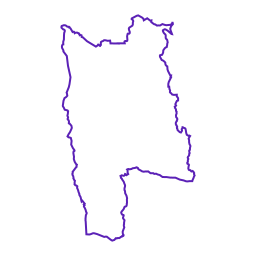 the district of Pietrosani, Arges, Romania
{"feature_id": "2599482B78356313934610", "entity_name": "Pietrosani", "entity_type": "district", "adm_level": 2, "iso_a3": "ROU", "parent_name": "Romania", "parent_adm1": "Arges", "projection": "albers", "projection_center": [24.853, 45.151], "detail": "fine", "context": "isolated", "style": "outline", "palette": "violet", "viewbox_px": 256, "rotation_deg": 0, "n_neighbors": 0, "source": "geoboundaries", "source_scale": "gbopen_adm2", "svg_char_len": 5754}
<svg xmlns="http://www.w3.org/2000/svg" viewBox="0 0 256 256"><path d="M192.3,181.1L192.6,180.0L193.6,177.8L194.0,176.4L194.6,175.6L194.0,174.0L194.0,173.6L194.2,173.1L193.4,171.7L192.6,171.0L191.7,171.5L191.3,171.4L190.4,170.2L189.2,170.1L188.7,169.6L188.3,168.3L188.7,165.8L189.0,165.0L188.5,164.2L187.5,163.8L187.2,163.0L187.3,162.6L187.9,161.8L187.8,161.1L187.9,159.9L188.1,159.6L188.3,158.9L187.8,158.0L187.7,157.6L188.0,156.8L188.7,156.0L189.2,155.1L189.1,154.0L189.6,153.4L189.6,152.7L189.3,152.1L189.2,150.7L189.3,150.4L189.9,149.9L190.0,147.8L190.4,146.3L190.3,145.5L189.5,144.2L189.1,142.2L189.1,140.1L188.6,138.7L189.8,136.4L190.1,136.0L189.5,135.6L189.0,135.9L188.4,135.8L187.5,135.1L187.1,135.0L186.8,134.8L186.2,132.9L185.8,130.2L185.4,128.6L184.9,128.2L183.4,127.7L182.8,127.2L182.5,127.2L182.4,128.2L181.7,129.2L182.0,130.5L181.9,131.0L180.9,132.5L179.7,132.1L177.6,130.1L177.4,128.9L177.0,128.5L176.9,127.4L177.2,127.0L177.1,126.3L176.3,125.4L176.3,124.8L175.8,124.0L175.8,122.8L176.3,121.7L176.8,121.2L176.8,120.5L177.3,119.7L177.2,118.4L176.2,117.2L176.1,116.7L176.0,115.1L176.6,113.5L176.5,112.2L176.6,111.9L176.6,111.6L176.0,110.9L176.0,109.6L175.4,108.3L174.9,107.8L175.0,107.1L174.8,106.6L175.5,106.2L176.1,105.5L175.4,104.4L175.4,104.0L176.6,101.4L176.9,100.9L178.1,100.5L178.1,98.2L177.6,97.3L176.8,96.5L176.8,94.7L173.9,94.9L172.1,94.5L171.2,93.3L170.1,92.5L169.9,92.1L170.1,90.4L169.5,89.2L169.2,86.7L168.3,86.7L168.3,83.9L168.8,81.9L171.0,77.5L170.5,77.4L171.1,75.4L170.2,75.3L168.1,71.2L167.5,69.4L167.3,66.4L166.5,65.9L165.6,64.8L165.3,63.6L165.3,62.6L164.3,61.5L162.8,60.4L161.7,60.0L160.0,56.8L159.9,55.8L160.1,55.2L162.1,54.8L163.1,52.7L163.3,50.3L164.8,48.2L165.8,47.4L166.7,47.1L167.1,45.4L167.3,43.4L167.7,42.4L167.2,40.0L166.9,39.5L166.0,38.7L165.7,37.9L165.7,35.2L165.3,34.4L164.1,33.3L163.5,32.4L162.9,31.0L162.9,30.3L164.5,29.3L165.5,29.4L167.7,30.7L171.5,34.0L172.0,34.1L170.8,30.9L170.2,28.9L171.1,26.2L172.9,24.1L172.5,22.0L172.0,23.7L170.5,24.8L166.3,25.2L164.8,24.9L162.4,24.1L160.0,25.5L158.0,25.4L157.0,25.6L155.2,24.4L154.3,24.3L153.4,23.7L151.3,22.1L151.4,20.4L150.3,20.7L147.2,18.3L143.8,20.3L143.4,18.7L142.0,17.5L138.2,15.4L136.7,15.8L131.8,18.4L131.6,19.0L133.1,20.4L133.2,21.5L132.9,22.2L132.8,23.4L132.9,24.1L132.4,25.6L129.2,27.7L128.8,28.8L129.2,30.6L129.5,31.1L129.8,32.1L129.6,33.3L129.1,33.7L127.9,33.6L127.6,33.9L127.1,36.3L127.4,39.8L127.2,40.8L126.7,41.1L125.2,41.0L124.5,41.5L124.5,42.4L124.7,43.3L118.2,43.3L118.3,43.5L110.5,43.4L110.1,40.6L107.7,40.8L105.6,40.3L104.1,40.2L102.9,41.1L101.9,41.4L101.0,42.0L100.8,43.1L100.9,44.9L100.5,45.1L100.1,45.9L99.7,45.8L99.4,45.3L98.6,44.6L98.1,44.6L97.7,45.4L95.9,46.6L87.0,41.2L82.8,37.3L81.7,37.0L81.7,36.5L81.5,35.3L80.6,35.0L79.9,35.2L79.9,34.7L79.3,34.5L79.1,34.2L79.1,33.7L78.6,33.1L78.0,33.1L77.1,32.6L75.6,32.7L74.7,33.2L74.5,32.6L74.0,31.8L73.3,31.7L72.6,32.0L70.5,28.4L69.6,27.6L69.5,27.3L69.1,27.4L68.9,26.8L67.3,26.7L66.1,25.7L65.2,25.3L63.9,25.2L61.7,26.0L61.4,27.0L61.5,27.7L63.1,29.3L64.4,29.8L64.8,30.6L64.7,31.6L64.2,32.8L64.0,35.2L63.9,39.5L63.2,41.9L63.3,44.4L62.7,44.5L62.1,45.4L61.9,46.8L62.1,48.0L63.4,50.4L63.4,51.5L66.8,56.0L68.0,65.8L70.5,77.2L69.5,84.2L68.8,87.2L66.6,92.7L66.9,93.3L67.3,95.7L66.2,97.0L64.5,98.1L63.5,100.8L62.8,105.9L63.0,106.5L63.7,107.4L64.7,109.7L67.5,110.4L68.1,111.2L67.9,111.7L68.0,112.1L67.8,114.1L67.5,115.1L67.4,115.8L68.0,117.0L68.1,117.9L67.7,118.5L67.6,119.0L67.7,119.4L68.7,120.4L69.0,121.7L68.8,123.2L69.3,123.7L69.7,123.7L71.4,125.7L71.8,127.6L71.7,128.3L70.0,132.1L68.6,134.2L67.5,136.4L68.5,137.3L69.0,137.3L70.8,137.9L71.6,140.9L71.2,144.6L72.9,148.1L74.3,150.0L74.5,150.5L74.4,151.0L73.6,151.4L73.4,152.4L73.4,153.4L74.0,156.8L73.8,159.0L74.7,161.8L76.1,164.1L76.9,164.7L76.5,165.8L76.6,166.7L76.5,167.0L76.2,167.1L72.6,171.9L72.8,172.9L72.5,173.4L72.3,174.0L72.6,174.6L72.6,175.2L73.2,176.1L73.5,177.6L73.4,178.5L73.7,178.8L74.2,180.0L74.9,180.7L74.6,182.6L74.7,183.6L74.5,184.2L74.9,184.8L75.6,185.4L76.4,185.5L77.3,186.3L77.1,187.5L77.2,188.3L77.7,189.2L78.3,190.9L78.4,191.6L79.0,193.1L79.4,194.1L79.3,194.8L80.6,197.1L81.5,201.2L81.6,201.5L82.3,200.7L84.7,203.7L83.8,204.4L84.5,205.2L84.0,205.6L83.9,206.5L84.9,208.2L85.7,210.1L86.1,211.9L86.5,212.4L86.7,213.1L86.5,213.8L85.9,215.1L85.5,218.8L85.6,219.1L85.5,219.7L85.5,220.4L85.7,221.6L86.4,234.3L89.4,234.5L90.6,234.2L93.1,233.2L94.3,233.3L97.2,234.1L104.2,236.9L105.8,236.6L106.8,236.7L110.7,239.7L112.2,240.6L114.4,239.9L115.7,238.3L116.2,238.5L116.6,238.2L117.2,238.3L117.8,238.0L119.2,238.1L120.2,237.5L120.7,237.0L122.1,236.5L122.1,236.1L123.3,235.9L123.6,235.1L123.0,234.4L122.7,232.7L122.7,231.5L124.3,227.3L123.9,226.2L123.8,225.0L124.1,224.0L124.0,223.1L124.5,220.2L123.6,219.1L123.0,218.1L123.0,217.6L123.7,215.6L123.5,215.0L122.3,214.7L121.5,213.6L121.2,212.5L121.6,211.6L123.6,209.2L124.5,207.0L125.0,206.6L125.7,206.5L126.4,206.0L126.8,204.8L126.7,203.9L127.0,203.0L126.9,199.3L127.1,198.2L126.4,195.5L125.2,193.3L125.0,191.0L124.5,190.1L124.5,188.2L124.9,186.9L125.1,185.8L124.9,184.8L124.3,183.5L124.0,182.4L123.7,181.7L122.1,179.4L121.8,178.6L120.9,177.8L120.9,176.6L120.5,176.0L121.7,175.3L123.6,175.8L124.3,175.6L124.9,174.9L125.1,174.0L125.5,174.1L125.7,174.9L126.3,174.8L126.5,175.1L128.2,174.1L127.6,172.6L127.6,170.2L127.1,169.5L128.2,169.0L129.9,169.3L131.1,169.0L131.5,169.0L132.5,168.3L135.2,167.9L136.4,167.3L136.8,167.3L137.3,167.9L138.0,168.1L138.3,169.0L138.5,169.3L140.6,170.4L142.0,171.3L143.6,171.7L146.1,171.4L147.0,171.6L147.7,171.4L148.2,171.4L150.5,173.2L153.3,173.2L154.2,173.9L156.1,173.7L157.7,174.5L159.7,175.0L162.5,177.0L166.8,177.1L170.2,177.6L175.5,177.7L179.8,179.6L183.6,180.4L186.1,181.3L187.6,181.4L189.8,181.1L192.3,181.1Z" fill="none" stroke="#5b21b6" stroke-width="2"/></svg>